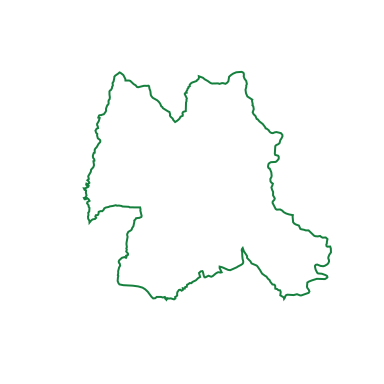 Quirinópolis, Goiás, Brazil (Mercator projection), rotated 67°
{"feature_id": "56859067B31652002665085", "entity_name": "Quirinópolis", "entity_type": "district", "adm_level": 2, "iso_a3": "BRA", "parent_name": "Brazil", "parent_adm1": "Goiás", "projection": "mercator", "projection_center": [-50.519, -18.453], "detail": "fine", "context": "isolated", "style": "outline", "palette": "green", "viewbox_px": 384, "rotation_deg": 67, "n_neighbors": 0, "source": "geoboundaries", "source_scale": "gbopen_adm2", "svg_char_len": 6023}
<svg xmlns="http://www.w3.org/2000/svg" viewBox="0 0 384 384"><g transform="rotate(67 192 192)"><path d="M274.8,269.3L275.4,267.3L274.8,265.5L276.5,261.5L277.7,260.1L278.0,258.2L279.7,258.3L280.9,257.8L279.9,257.2L280.8,256.8L280.3,255.8L281.0,255.1L281.6,253.1L283.8,250.5L283.5,248.9L282.1,248.6L281.9,247.2L281.5,246.1L279.3,245.2L278.4,244.5L277.1,242.3L277.3,241.1L278.8,240.1L278.5,238.6L277.0,238.1L278.1,236.5L276.8,235.3L277.2,233.9L275.4,232.7L275.4,231.4L274.9,229.8L275.7,228.1L275.0,226.9L274.8,222.9L273.6,219.8L273.4,217.7L269.3,217.2L268.5,215.0L268.9,213.3L269.9,213.2L273.9,213.9L275.4,213.8L275.8,213.0L275.5,209.6L277.5,207.4L277.5,205.8L276.3,202.0L276.0,199.7L276.3,198.7L277.3,197.3L277.5,196.1L272.8,196.3L271.5,195.7L273.3,193.4L277.8,189.2L278.9,187.4L278.8,180.2L278.5,178.8L278.3,175.7L278.0,173.8L277.2,172.6L275.8,171.9L273.4,171.6L270.8,170.8L266.9,169.3L265.3,169.1L264.1,168.4L263.4,167.2L266.7,167.4L272.6,166.3L273.4,166.8L274.4,167.0L278.7,165.3L281.0,165.1L284.9,161.3L285.7,160.9L290.4,159.9L294.5,159.4L297.7,157.5L299.0,156.5L301.5,156.0L303.4,155.0L305.1,155.0L308.5,154.1L309.6,152.3L310.9,152.1L313.5,153.1L314.7,151.5L316.1,150.9L317.0,149.3L318.7,149.4L321.6,151.1L324.9,148.7L326.3,149.0L325.6,147.9L324.5,147.0L323.7,145.6L323.8,144.3L326.6,138.7L327.1,135.3L329.5,132.8L329.9,131.7L330.4,124.0L329.5,122.8L327.8,122.7L325.4,123.3L324.2,123.2L320.4,121.2L320.1,119.2L320.2,116.2L320.7,111.0L324.1,103.7L323.8,101.6L323.3,100.6L322.1,100.5L320.7,101.5L318.0,104.4L316.2,107.8L315.2,108.3L311.7,108.5L309.3,108.1L308.1,107.7L307.4,106.6L307.7,105.1L310.3,102.5L311.6,100.2L311.8,98.6L311.6,96.9L311.4,95.6L310.6,94.1L309.5,93.0L308.1,92.5L306.5,92.5L305.3,92.0L303.3,90.0L301.9,87.7L298.3,86.3L296.2,86.1L295.2,88.8L294.4,89.3L293.0,89.0L291.9,87.9L290.7,87.4L288.3,85.7L286.1,86.7L285.0,89.7L283.8,90.6L282.5,91.3L282.0,93.6L280.9,95.7L280.1,96.6L272.9,99.7L271.8,102.3L270.5,103.7L268.9,106.1L268.2,106.7L264.7,106.7L262.4,109.2L261.0,110.2L259.3,110.7L253.9,109.0L252.7,108.2L250.5,111.5L248.5,113.8L246.3,115.5L244.4,116.2L242.5,117.7L241.4,120.8L240.4,121.6L233.5,122.1L232.3,121.4L231.3,119.2L230.2,118.3L226.8,118.7L223.6,117.3L221.1,117.4L218.8,117.1L217.3,115.4L215.9,114.3L214.3,115.3L212.9,115.6L210.6,114.8L209.2,113.0L208.1,112.3L204.8,111.3L200.8,111.3L200.1,112.1L198.6,112.2L197.0,111.3L196.1,110.6L195.6,109.5L195.4,107.7L197.0,103.2L196.5,101.4L195.3,99.2L193.5,98.4L192.3,98.5L190.4,100.9L189.1,100.8L182.3,97.4L181.7,96.1L181.7,93.9L181.1,92.2L178.8,90.5L177.8,88.9L176.1,87.0L174.7,86.5L172.5,87.2L169.8,90.9L169.4,92.6L169.4,94.6L168.7,95.8L167.7,96.6L166.8,97.0L165.0,97.3L162.8,98.6L162.2,99.4L161.1,99.3L157.1,100.3L153.5,102.3L150.8,103.1L150.0,103.9L146.7,103.9L144.6,104.9L142.3,105.0L139.9,102.8L137.1,102.1L135.7,102.5L134.9,101.8L131.4,101.1L130.6,100.4L125.7,103.7L122.2,103.7L118.8,102.8L116.4,100.9L115.2,100.5L114.0,99.3L111.0,98.7L108.1,99.4L105.6,99.2L104.6,98.5L102.8,98.0L101.7,98.5L100.8,99.4L99.1,104.5L99.1,107.9L99.6,110.5L100.4,112.8L104.2,115.2L105.1,116.8L105.5,118.9L104.0,120.8L103.5,121.8L103.2,124.5L102.2,125.6L100.0,131.1L99.0,132.3L95.9,134.2L93.2,136.3L91.1,137.3L88.1,140.5L89.5,140.9L90.7,142.1L90.9,143.4L91.6,144.5L91.3,149.2L91.7,150.9L92.5,152.3L93.8,152.7L94.0,154.3L94.8,154.6L95.2,155.7L96.3,156.5L97.4,158.1L98.5,158.1L98.3,159.6L98.9,160.4L103.9,160.2L104.8,161.0L106.2,161.5L107.2,162.5L115.1,166.1L114.8,168.7L115.3,169.6L116.2,170.2L117.1,170.2L118.2,170.8L118.2,173.1L119.7,175.0L120.6,177.7L121.0,180.2L118.4,181.1L116.9,181.1L114.0,182.4L112.9,182.4L112.0,181.8L109.5,181.5L108.5,182.5L103.5,186.0L102.2,186.1L101.2,186.8L98.3,186.8L96.4,187.2L94.0,188.2L90.0,191.3L88.1,191.9L86.5,192.0L82.9,190.9L80.3,190.8L77.9,190.2L77.1,190.6L76.7,192.0L75.5,194.6L74.5,200.7L73.8,201.6L71.7,202.2L70.0,203.5L65.6,205.4L64.8,206.4L63.4,209.7L61.8,209.2L57.5,209.5L54.3,211.3L53.6,212.0L54.1,213.4L54.9,217.2L55.6,218.5L56.7,219.0L59.6,221.0L60.7,222.6L63.0,223.2L63.9,224.4L65.0,225.0L65.8,225.9L66.4,226.8L66.6,228.0L67.2,228.7L70.1,229.9L72.7,230.6L74.3,231.5L75.0,232.8L75.8,233.4L77.8,234.1L78.8,235.0L79.0,236.0L80.7,237.7L81.9,238.7L83.6,239.3L84.5,240.3L86.0,242.9L85.7,244.3L85.8,245.4L85.3,246.7L85.3,247.7L86.9,249.2L87.8,248.1L90.3,250.1L92.2,252.7L93.3,253.2L94.7,253.1L96.5,253.5L96.5,255.1L97.8,256.9L100.1,257.1L101.5,256.5L103.0,257.3L105.8,257.7L107.9,256.4L109.2,256.4L110.2,257.1L111.4,259.6L113.3,261.9L114.3,264.1L115.2,265.1L117.8,266.2L117.7,267.2L119.6,268.9L120.9,269.5L122.3,269.6L123.7,269.2L125.1,269.6L125.1,270.7L129.0,271.7L130.6,273.1L132.0,276.1L133.9,277.3L137.0,281.4L139.7,281.9L140.3,283.7L141.7,283.0L143.5,282.9L144.2,284.5L143.0,285.9L143.8,286.5L144.8,286.4L146.0,284.8L146.7,285.4L146.9,289.0L146.4,290.1L148.1,290.0L149.1,288.9L151.3,290.0L153.9,290.4L155.5,292.4L155.3,293.8L156.7,293.7L157.1,292.6L156.7,290.9L158.4,290.0L160.1,289.8L160.4,292.2L161.4,293.0L163.9,292.4L165.3,292.9L166.6,292.6L169.9,294.3L170.5,295.6L172.8,296.3L173.9,297.3L176.0,298.0L178.4,297.7L180.1,298.3L178.8,295.9L178.4,294.3L178.9,291.7L178.3,290.3L176.9,290.6L175.8,289.6L176.4,287.8L175.8,286.8L173.8,285.6L173.9,283.6L174.6,282.1L173.8,280.2L172.8,279.2L172.6,277.5L173.2,274.5L173.1,273.4L173.9,270.4L174.4,267.3L175.3,266.4L175.9,264.6L177.4,262.2L178.1,261.8L180.9,256.0L181.8,255.3L185.9,245.8L187.7,246.1L188.9,246.8L194.3,247.7L195.2,248.4L195.2,250.8L194.6,252.4L194.3,253.8L195.1,254.7L195.7,256.3L196.7,256.6L200.6,259.3L201.8,261.2L203.0,262.2L203.4,263.1L203.8,266.2L205.3,268.0L206.2,268.5L208.1,268.8L212.8,271.9L214.3,272.7L217.3,273.5L218.3,274.5L219.5,274.5L221.1,275.8L223.6,275.0L224.8,275.4L224.9,277.5L226.0,277.5L226.8,278.5L225.5,279.6L225.2,282.2L226.4,285.6L227.3,286.6L228.6,286.9L229.5,286.5L231.7,286.9L233.0,288.6L236.0,290.9L237.9,291.6L239.6,292.8L240.5,292.6L241.6,293.5L244.8,295.2L247.0,295.3L248.7,294.9L250.9,291.7L255.1,283.1L257.9,278.4L260.7,274.9L263.3,273.1L266.5,271.7L272.8,270.2L274.8,269.3Z" fill="none" stroke="#15803d" stroke-width="2"/></g></svg>